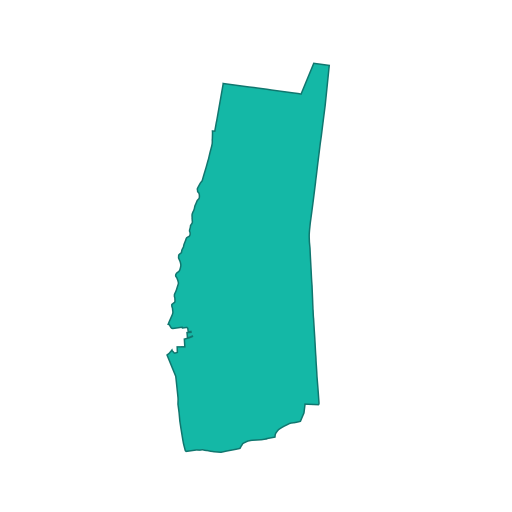 outline of Manasia, Ialomita, Romania, rotated 328°
{"feature_id": "2599482B60853828676404", "entity_name": "Manasia", "entity_type": "district", "adm_level": 2, "iso_a3": "ROU", "parent_name": "Romania", "parent_adm1": "Ialomita", "projection": "mercator", "projection_center": [26.681, 44.722], "detail": "fine", "context": "isolated", "style": "filled", "palette": "teal", "viewbox_px": 512, "rotation_deg": 328, "n_neighbors": 0, "source": "geoboundaries", "source_scale": "gbopen_adm2", "svg_char_len": 4518}
<svg xmlns="http://www.w3.org/2000/svg" viewBox="0 0 512 512"><g transform="rotate(328 256 256)"><path d="M202.3,418.5L202.7,418.6L203.8,419.0L204.7,419.3L205.7,419.6L206.1,419.7L213.5,414.5L219.1,407.6L229.6,414.8L230.2,415.2L230.8,414.9L231.2,414.5L231.8,413.5L236.0,405.6L239.4,399.1L242.2,393.7L243.9,390.4L245.8,387.0L247.7,383.5L248.3,382.4L249.1,380.9L250.1,379.0L251.3,376.8L251.9,375.8L253.3,373.3L254.6,370.8L255.8,368.6L257.9,364.8L259.9,361.2L261.7,357.9L262.1,357.2L266.2,349.6L266.8,348.5L268.7,345.0L271.8,339.3L271.9,339.1L272.2,338.4L272.6,337.7L272.9,337.1L275.5,332.5L276.2,331.1L277.1,329.6L278.5,327.1L280.3,324.0L285.3,315.2L286.6,312.9L287.7,311.0L288.0,310.4L288.9,308.7L289.8,307.0L291.6,303.7L294.4,298.7L296.6,294.7L301.2,286.4L304.1,281.2L305.9,278.0L308.0,273.8L308.7,272.4L311.3,267.9L312.5,266.0L313.7,264.3L315.5,261.9L319.4,256.9L326.8,248.0L334.2,239.0L345.9,224.6L346.0,224.4L350.4,219.0L356.5,211.4L364.4,201.7L369.8,195.0L375.1,188.7L381.5,180.8L389.1,171.5L394.5,164.9L419.1,133.2L412.4,127.6L409.1,124.9L407.1,123.2L406.0,124.0L380.0,142.6L377.9,140.6L373.7,137.2L357.4,123.7L353.4,120.2L345.5,113.7L343.9,112.3L339.3,108.7L328.7,99.9L320.5,93.1L319.6,92.3L319.5,92.5L293.8,121.1L293.6,121.2L287.2,128.3L285.7,127.2L285.3,126.9L284.4,128.5L281.5,132.9L280.4,134.4L279.6,135.8L278.5,137.4L276.7,139.3L271.7,144.0L267.0,148.7L265.8,149.7L260.8,154.3L254.3,160.0L251.2,162.8L250.2,163.7L249.6,163.9L248.7,164.2L247.4,164.7L244.5,166.3L242.8,167.3L242.0,167.8L241.6,168.3L241.3,169.2L240.9,169.9L240.6,170.6L240.8,171.6L240.9,172.5L240.5,173.8L240.1,174.6L239.5,175.6L239.0,176.3L238.4,176.9L237.8,177.2L237.0,177.4L236.2,177.6L235.6,177.8L235.1,178.1L234.7,178.4L232.9,179.7L230.8,181.1L230.1,181.8L228.7,183.3L226.9,184.7L226.1,185.1L225.0,185.9L224.1,186.6L223.6,187.2L223.2,187.8L222.9,188.3L222.2,189.6L221.7,190.3L221.4,191.0L221.0,191.6L220.7,192.2L220.3,193.1L219.7,193.9L219.3,194.2L218.8,194.5L216.7,195.4L215.5,196.9L214.0,198.3L213.4,198.8L212.8,199.7L212.5,201.2L212.0,202.2L211.6,202.8L210.4,203.7L209.9,203.9L208.4,203.8L206.9,203.8L206.1,204.2L205.1,205.0L204.8,205.3L204.1,205.8L201.0,208.1L200.6,208.5L200.2,208.9L199.2,210.0L198.2,210.5L196.9,211.3L196.2,211.8L195.8,212.2L194.9,213.2L194.6,213.6L194.2,213.7L192.3,213.9L191.5,214.1L191.1,214.2L190.6,214.7L190.2,215.3L189.7,216.0L189.4,216.4L189.2,216.9L189.1,217.7L188.7,220.6L187.9,223.0L187.1,224.4L186.3,225.3L185.5,226.1L184.4,227.1L183.9,227.5L183.0,228.0L182.3,228.2L182.0,228.3L180.9,228.3L180.0,228.4L179.6,228.5L178.9,228.8L178.1,229.3L177.5,230.0L177.2,230.7L177.2,231.2L177.3,232.1L177.3,232.5L176.8,235.2L176.2,237.1L175.7,238.1L175.1,238.7L172.6,240.8L170.4,242.7L168.6,244.0L167.3,244.8L166.2,245.7L165.3,247.2L165.0,248.5L163.8,250.6L163.5,251.2L162.7,252.0L162.4,252.2L161.5,252.2L159.8,252.4L159.0,252.5L158.6,252.9L158.1,253.9L157.9,254.3L157.7,255.2L157.5,256.0L156.7,257.6L155.8,259.6L154.9,260.6L154.1,261.3L149.7,264.3L147.9,265.5L145.3,267.4L145.6,267.7L145.9,268.0L146.0,268.4L146.1,268.5L146.0,270.1L146.0,270.9L146.0,271.5L146.1,272.0L146.1,272.3L146.3,272.7L146.6,273.0L146.8,273.2L147.0,273.4L154.9,276.9L155.8,277.5L155.5,278.1L159.5,279.9L159.8,281.2L158.3,284.5L159.3,285.0L160.1,285.2L160.8,285.5L160.4,286.3L158.0,285.0L156.9,284.4L154.5,289.1L155.8,289.5L156.7,289.8L157.7,289.9L159.5,290.1L159.4,290.6L157.6,290.3L156.2,290.0L154.8,289.6L153.2,289.1L151.7,288.7L151.2,288.5L147.5,295.3L141.0,291.3L138.2,296.1L135.5,295.3L135.2,294.6L135.0,293.0L134.6,292.2L134.9,291.2L133.5,291.7L132.1,292.1L131.4,292.4L130.9,292.5L130.4,292.6L128.1,292.8L124.2,315.5L119.5,325.2L114.8,334.8L113.9,336.4L111.3,340.3L108.4,346.7L107.7,348.2L104.0,355.5L101.3,361.7L96.6,372.9L95.2,376.4L94.4,378.8L92.9,383.6L93.2,384.7L102.9,389.0L103.7,389.6L104.7,390.3L105.6,390.9L106.5,391.3L107.0,391.5L107.5,391.7L108.2,392.1L108.6,392.6L109.1,393.1L109.6,393.6L110.3,394.2L110.8,394.6L111.9,395.4L113.0,396.5L114.1,397.6L115.4,398.6L116.5,399.6L122.3,403.9L127.4,405.7L136.9,409.4L140.3,410.6L140.6,410.6L141.6,410.0L142.6,409.4L144.0,408.8L145.0,408.2L145.3,408.1L146.7,408.1L148.3,408.3L149.5,408.4L151.3,408.7L152.6,409.2L154.0,409.7L155.6,410.5L158.7,412.2L163.5,414.8L165.7,415.7L167.9,416.7L168.0,416.4L176.1,419.6L177.6,417.7L178.8,416.8L180.9,415.9L183.0,415.2L184.5,415.1L185.8,415.1L187.1,415.1L189.6,415.2L191.4,415.4L193.3,415.6L195.6,415.8L196.3,416.0L197.1,416.2L198.6,416.9L199.3,417.2L200.0,417.6L200.8,417.9L202.3,418.5Z" fill="#14b8a6" stroke="#0f766e" stroke-width="1.5"/></g></svg>